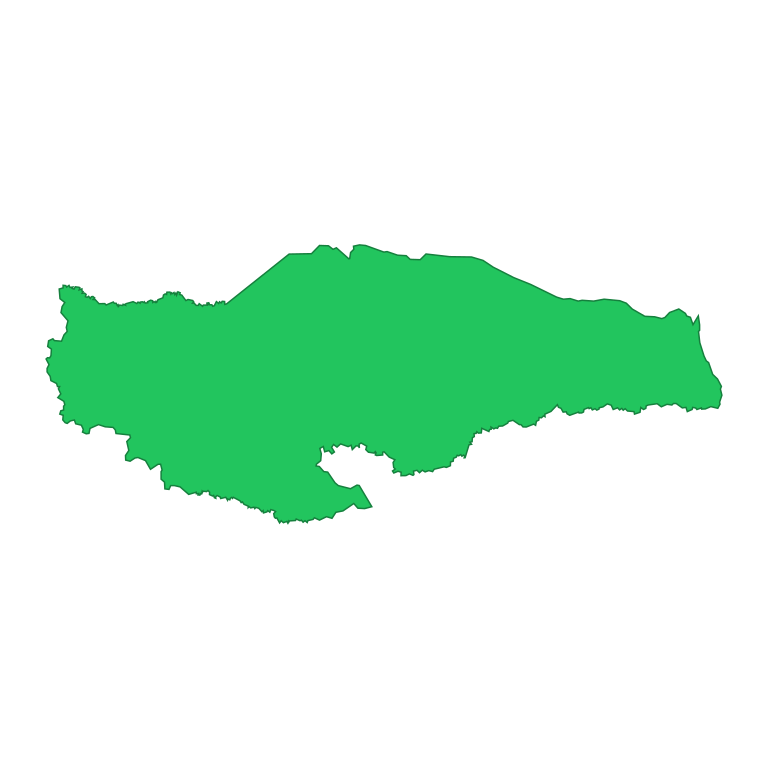 outline of Mporokoso, Northern, Zambia
{"feature_id": "96606910B5671768599011", "entity_name": "Mporokoso", "entity_type": "district", "adm_level": 2, "iso_a3": "ZMB", "parent_name": "Zambia", "parent_adm1": "Northern", "projection": "orthographic", "projection_center": [29.924, -9.464], "detail": "fine", "context": "isolated", "style": "filled", "palette": "green", "viewbox_px": 768, "rotation_deg": 0, "n_neighbors": 0, "source": "geoboundaries", "source_scale": "gbopen_adm2", "svg_char_len": 6052}
<svg xmlns="http://www.w3.org/2000/svg" viewBox="0 0 768 768"><path d="M59.2,289.0L60.0,298.7L64.8,302.5L62.1,306.6L61.0,312.6L68.0,320.8L66.3,327.4L67.2,331.4L64.0,334.9L61.5,341.2L54.4,340.6L52.9,338.8L48.6,340.8L47.7,346.5L51.4,349.1L51.0,355.6L49.6,357.9L47.5,357.7L46.1,359.0L49.0,364.6L47.1,368.4L47.1,371.9L50.2,376.4L50.9,380.6L56.6,383.5L57.5,386.6L59.6,386.6L58.4,388.8L60.8,393.9L57.8,397.6L63.9,401.3L64.8,404.8L63.6,406.2L63.6,410.0L60.8,410.8L59.8,414.1L63.2,415.3L62.8,419.9L65.2,422.7L67.2,423.4L70.4,420.9L74.4,420.0L75.7,423.8L81.4,425.2L83.3,429.4L82.5,432.1L86.2,433.8L89.0,433.4L90.0,428.4L98.5,424.6L105.2,426.8L113.1,427.4L115.3,429.9L116.0,433.5L129.8,435.0L130.5,437.7L126.8,441.5L128.8,450.5L125.5,455.5L125.7,460.1L130.1,461.2L135.0,458.0L138.0,457.5L145.5,460.6L150.5,469.3L158.0,464.3L160.6,464.2L162.1,470.1L161.1,471.6L161.1,479.2L164.5,482.1L164.9,488.9L169.0,489.4L170.7,485.6L174.5,485.6L180.1,486.9L188.7,494.4L196.2,492.2L196.3,493.7L198.6,493.5L198.0,494.9L199.9,495.1L200.6,493.6L201.6,493.9L202.1,491.5L202.5,492.3L203.1,491.2L206.6,491.6L208.0,490.5L209.6,492.2L209.5,494.6L212.6,496.0L213.6,495.4L214.4,497.7L215.8,498.3L215.6,496.8L217.1,495.5L220.2,497.0L220.7,498.5L225.8,497.3L227.5,500.1L227.7,499.0L229.8,499.8L230.4,498.2L231.7,497.4L232.5,498.4L233.3,497.3L240.0,500.8L241.2,502.6L242.4,501.9L244.0,504.3L248.2,506.1L248.2,507.5L249.0,506.6L250.7,507.9L254.0,507.2L254.8,508.6L255.8,507.4L258.8,508.3L261.9,511.7L263.1,510.6L263.5,512.9L266.9,511.9L267.7,510.6L269.8,512.2L270.8,509.6L273.9,510.5L275.6,511.6L273.7,513.6L274.3,516.9L275.4,518.2L276.9,518.0L279.6,522.9L281.2,520.7L283.4,522.7L286.8,521.4L287.8,523.1L288.4,521.3L288.8,522.1L289.5,520.9L295.5,520.5L296.2,519.0L300.0,520.7L301.4,520.2L303.1,522.2L305.0,520.7L307.2,522.5L307.9,520.6L313.1,519.4L314.4,517.8L319.5,520.1L326.5,516.7L332.0,518.3L335.9,512.3L343.0,510.9L353.8,503.5L357.9,508.2L364.6,508.6L371.8,506.7L359.2,485.5L357.0,485.1L350.5,488.7L338.3,485.6L335.0,482.8L327.7,472.1L323.8,471.6L319.3,466.5L316.1,466.0L316.4,464.2L320.7,460.7L321.3,453.8L319.8,448.4L323.3,446.5L324.7,451.8L328.9,450.6L331.8,453.9L334.4,452.0L331.6,447.3L333.6,444.5L337.0,447.1L340.6,443.9L348.1,446.6L351.1,445.2L352.3,449.6L356.0,445.9L358.3,446.0L359.4,447.9L359.1,444.2L361.1,443.0L366.7,446.1L365.8,449.6L368.4,452.2L374.2,453.1L375.3,451.6L376.1,452.7L375.3,454.9L376.7,455.5L382.7,455.0L382.7,452.2L384.1,451.8L389.2,457.1L394.9,459.7L393.1,462.5L393.7,467.5L395.3,469.0L392.5,471.0L393.8,473.0L398.0,471.3L401.1,472.2L401.0,475.7L405.9,475.6L409.4,473.9L413.0,475.3L413.9,474.6L413.5,471.1L417.0,470.3L419.5,472.7L422.3,470.2L425.1,471.9L428.8,470.6L432.6,471.6L434.2,469.2L444.1,466.8L446.4,467.4L450.4,465.7L450.5,462.0L453.2,461.2L453.6,458.2L456.2,457.2L457.2,455.3L458.7,455.8L460.8,454.6L461.9,456.2L463.6,455.1L464.7,455.9L464.2,457.8L465.1,457.7L469.0,444.8L471.5,444.3L469.9,442.2L472.1,441.7L472.4,437.7L474.3,436.6L474.0,433.6L476.1,433.4L476.8,431.7L478.3,433.1L481.3,432.9L481.8,428.3L488.9,431.5L489.6,429.5L491.2,429.2L491.0,427.1L493.8,428.9L495.7,427.9L497.5,428.3L498.7,426.2L502.6,426.0L507.7,423.1L508.4,421.5L513.0,420.3L519.3,424.6L521.1,424.7L523.0,426.9L526.3,427.0L533.7,424.1L535.6,425.3L536.4,421.3L538.8,420.1L539.1,417.5L541.4,417.8L543.5,415.9L545.0,416.7L544.8,414.2L551.0,411.4L557.4,404.7L558.5,407.3L561.0,408.3L563.1,412.1L566.3,411.8L567.1,413.8L569.7,415.3L578.5,412.1L579.0,413.0L581.8,412.9L583.5,412.0L584.0,409.4L588.5,407.6L589.1,408.6L590.9,407.7L592.3,409.9L595.1,408.7L596.8,410.1L599.0,409.1L599.3,407.7L603.0,406.9L607.3,403.9L611.2,405.2L613.2,409.5L617.6,407.8L619.6,409.9L621.8,408.4L623.2,410.2L625.2,408.7L627.5,411.0L634.0,411.6L634.5,414.1L640.0,412.3L640.8,407.5L643.5,409.5L645.8,408.4L646.2,405.9L648.2,405.0L657.2,403.7L661.3,406.8L667.0,404.3L671.9,405.0L673.5,403.5L676.2,403.5L682.3,407.9L686.0,407.4L687.3,411.6L692.1,409.5L692.7,407.4L695.7,408.0L696.9,409.5L701.4,407.9L701.6,409.1L705.4,408.9L710.8,406.6L717.8,408.3L720.0,404.2L719.6,402.1L721.9,395.2L720.4,389.1L721.4,386.4L717.5,379.0L712.7,374.4L708.6,362.6L706.3,360.9L704.0,356.0L699.8,342.7L698.5,331.5L699.6,330.3L699.6,324.8L698.3,315.9L693.0,324.7L690.4,317.3L686.7,316.0L685.4,313.4L678.8,309.0L669.6,312.5L664.9,317.5L661.8,318.6L654.7,316.8L644.8,316.3L632.3,309.1L626.3,303.2L619.7,300.7L604.1,299.2L593.7,301.1L582.1,300.3L578.2,301.1L570.1,298.6L563.4,299.2L556.6,297.1L530.8,284.5L513.7,277.6L493.2,267.2L483.0,260.4L471.5,257.0L449.7,256.7L426.0,254.0L420.2,259.7L410.2,259.4L406.2,255.7L397.6,255.2L387.1,251.6L383.9,252.1L365.6,245.5L359.5,244.9L353.5,246.2L353.8,249.3L350.6,252.5L349.7,258.6L348.8,258.8L336.4,247.8L333.0,249.3L328.5,245.8L319.5,245.5L311.5,253.7L289.1,254.1L226.6,303.9L224.8,304.4L224.6,301.5L222.2,301.3L221.1,302.9L219.5,301.8L218.7,303.5L216.4,301.6L214.3,305.7L212.7,306.3L211.9,304.8L209.4,304.7L209.2,303.7L208.2,304.5L208.4,302.8L206.9,303.1L207.1,305.1L203.3,305.1L202.6,306.3L199.2,303.7L198.3,305.4L196.2,305.4L194.0,303.0L192.7,303.1L193.7,301.9L192.7,300.5L188.0,299.5L185.9,300.6L181.8,295.1L179.6,294.5L180.2,292.8L177.9,291.8L176.6,295.2L175.9,293.0L174.8,294.6L174.0,292.5L172.6,293.6L171.5,292.8L170.9,294.1L170.0,292.1L166.9,292.2L166.6,294.5L165.2,293.9L163.5,295.0L162.9,297.8L158.0,299.7L156.7,302.3L155.9,301.4L155.3,302.5L154.1,301.7L152.8,302.5L152.6,300.7L150.6,300.2L147.6,301.7L147.8,302.7L145.3,303.1L144.3,301.8L143.8,302.5L142.4,301.8L140.2,302.1L140.1,303.2L138.0,302.1L136.8,303.5L133.1,301.7L126.3,303.6L125.0,304.3L125.4,305.2L123.1,304.3L122.7,305.5L119.6,305.1L118.4,306.4L118.1,304.8L117.3,305.5L116.2,303.3L114.3,303.3L113.3,302.0L106.1,305.0L104.8,303.6L99.0,303.7L95.3,299.7L93.1,299.5L94.7,298.0L92.9,296.5L91.4,296.7L90.3,298.5L88.6,296.3L87.2,297.3L85.4,296.7L86.1,294.4L84.5,293.1L82.1,293.3L83.1,291.6L82.0,291.0L81.9,288.9L79.2,289.9L79.9,287.8L79.1,287.3L75.3,286.8L74.0,289.1L72.1,288.4L72.9,287.0L69.9,287.4L69.0,285.4L66.6,287.1L65.8,285.6L63.1,285.3L63.1,287.9L59.2,289.0Z" fill="#22c55e" stroke="#15803d" stroke-width="1.5"/></svg>